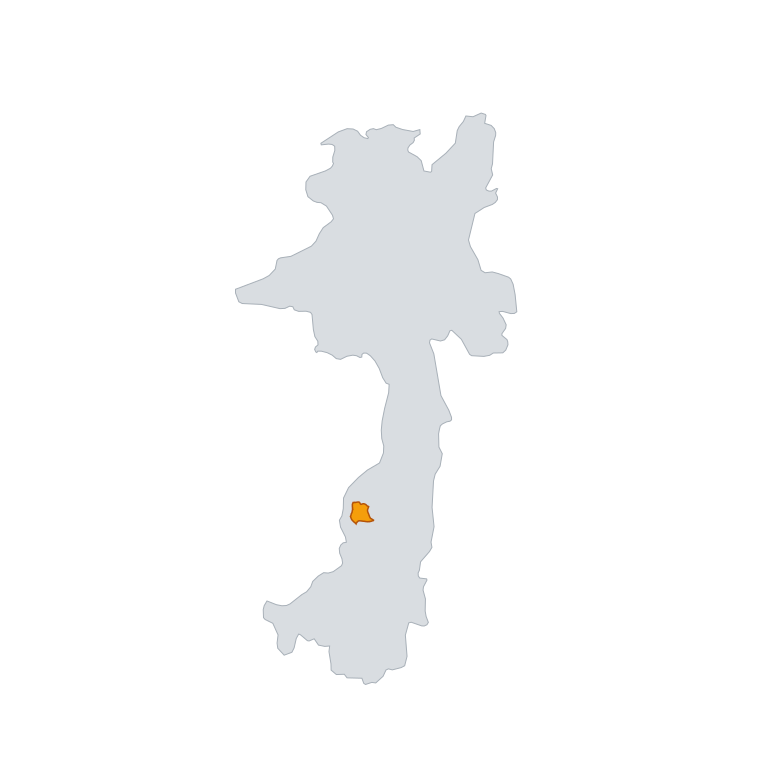 Champhone, Savannakhét, Laos (highlighted), rotated 46°
{"feature_id": "54806243B27710680023105", "entity_name": "Champhone", "entity_type": "district", "adm_level": 2, "iso_a3": "LAO", "parent_name": "Laos", "parent_adm1": "Savannakhét", "projection": "mercator", "projection_center": [105.234, 16.49], "detail": "fine", "context": "in_parent", "style": "filled", "palette": "amber", "viewbox_px": 768, "rotation_deg": 46, "n_neighbors": 0, "source": "geoboundaries", "source_scale": "gbopen_adm2", "svg_char_len": 6568}
<svg xmlns="http://www.w3.org/2000/svg" viewBox="0 0 768 768"><g transform="rotate(46 384 384)"><path d="M282.8,131.1L286.0,137.0L301.0,153.0L303.6,157.3L309.1,160.6L313.6,174.7L315.5,175.6L318.0,174.6L319.9,172.7L321.5,167.2L322.5,166.6L324.2,171.1L328.4,172.5L330.2,174.4L330.7,177.8L330.1,181.3L326.6,189.4L324.5,200.1L339.1,223.2L345.2,226.4L359.8,230.1L369.7,235.2L374.2,234.0L378.6,228.3L383.9,225.1L393.7,220.2L396.5,219.9L401.9,221.8L410.8,227.6L424.3,238.3L423.8,241.2L421.4,243.9L414.2,248.2L411.9,250.9L413.3,251.9L419.3,252.6L426.3,255.0L428.5,257.9L429.7,264.2L430.9,265.4L437.5,264.7L439.5,265.6L441.9,267.6L444.2,272.9L444.1,276.9L437.6,283.9L436.8,288.0L433.5,293.0L424.5,301.3L422.1,301.8L405.6,297.3L392.5,297.9L391.5,299.6L393.6,304.7L394.3,309.7L392.3,313.5L384.7,318.4L384.4,320.5L386.0,322.7L396.9,327.2L431.9,351.1L447.9,355.6L454.9,358.6L456.7,360.3L456.6,362.4L454.8,365.1L453.3,369.7L453.2,372.5L454.9,375.3L457.7,379.3L467.5,388.3L474.6,390.5L482.1,400.8L484.4,409.8L488.1,415.7L506.2,435.2L521.4,447.1L530.4,460.0L534.8,463.0L536.1,467.6L537.3,481.2L542.6,488.0L543.6,490.7L545.9,492.7L548.4,493.1L553.8,488.7L554.9,489.3L557.3,496.5L559.4,499.1L567.4,503.5L575.9,512.1L580.5,515.2L586.3,517.7L587.0,520.4L586.0,523.2L584.2,524.9L574.3,529.9L573.0,532.1L579.5,543.1L595.9,556.6L601.0,564.8L599.9,568.7L595.4,576.6L592.0,578.7L591.1,581.2L593.6,587.7L593.3,597.6L590.2,600.0L587.3,606.0L585.3,606.5L580.3,604.3L569.7,614.7L565.2,614.2L559.9,620.1L553.1,620.8L548.4,616.5L538.3,609.5L534.7,605.1L531.6,608.9L526.3,612.5L518.8,611.2L516.8,616.4L515.4,617.4L506.3,618.3L504.6,619.1L506.1,623.9L511.4,632.0L513.0,636.6L509.7,644.2L500.3,644.0L496.1,640.9L490.9,634.5L478.9,630.2L470.9,633.1L468.4,633.0L462.4,627.6L460.2,624.1L458.8,618.9L468.0,614.7L472.6,611.5L475.6,608.0L476.9,604.4L478.4,589.4L479.7,584.0L479.0,577.5L476.5,572.4L476.5,564.7L477.8,558.5L481.3,555.4L483.7,550.9L485.2,540.8L484.1,538.2L480.6,535.7L474.9,533.4L471.2,530.4L469.8,526.9L469.9,523.7L471.7,521.0L467.3,518.0L456.8,514.7L451.0,510.7L449.7,506.0L445.4,499.9L437.9,492.3L433.9,481.4L433.5,467.2L434.4,455.6L437.7,442.1L433.3,432.4L428.4,427.2L421.7,423.5L415.3,418.0L409.3,411.0L402.0,400.5L393.5,386.7L387.8,380.5L384.9,381.9L378.7,380.6L369.4,376.6L361.2,374.5L354.2,374.2L349.7,375.1L347.6,377.2L347.4,379.3L349.2,381.3L348.2,382.9L344.6,384.1L341.6,386.4L338.3,391.4L336.1,398.1L332.6,400.7L327.3,401.2L322.0,403.1L316.8,406.3L314.4,408.8L314.7,410.5L313.6,410.8L311.0,409.9L309.8,407.7L310.0,404.3L307.3,401.9L301.9,400.8L295.8,397.0L284.0,387.5L281.4,387.1L277.5,389.5L272.5,394.9L268.3,397.0L265.1,395.9L262.5,397.8L260.8,402.7L257.5,406.5L241.7,416.8L227.6,430.1L224.0,431.3L215.4,427.6L212.7,425.0L224.4,397.8L226.2,391.2L225.8,382.4L220.8,375.1L220.6,373.0L221.4,370.8L227.5,362.3L234.4,340.5L234.0,333.7L231.0,326.2L229.3,319.1L230.6,309.4L230.1,305.6L226.8,303.8L216.0,301.8L209.8,303.4L206.8,306.0L203.2,307.7L196.4,308.6L189.9,305.3L184.5,299.8L183.2,292.9L190.0,278.2L191.6,272.6L191.4,269.9L190.3,267.1L188.7,266.7L185.2,263.2L181.8,257.1L178.7,254.3L175.7,254.9L172.9,257.2L168.4,263.0L167.0,262.2L170.9,241.8L174.7,233.2L179.1,229.1L183.8,227.4L188.8,228.1L192.9,227.3L196.2,225.2L195.9,224.0L192.0,223.7L190.4,221.3L191.2,217.0L193.0,214.2L195.7,212.9L198.3,208.5L200.8,201.0L203.9,197.2L207.5,197.1L213.8,193.9L222.6,187.6L225.9,181.5L229.3,184.3L228.0,191.4L229.8,192.9L230.6,195.4L230.1,199.4L230.8,202.7L232.2,204.4L234.1,205.2L243.5,202.3L249.2,202.1L258.5,207.3L264.0,203.4L264.1,202.0L259.6,197.1L261.0,179.1L260.3,165.4L252.6,155.3L251.1,151.2L250.3,144.5L248.1,138.9L253.6,134.3L256.6,125.9L260.5,123.8L261.7,124.1L266.4,130.5L272.4,127.3L276.9,127.3L280.8,129.0L282.8,131.1Z" fill="#d9dde1" stroke="#a8b0b8" stroke-width="1"/><path d="M458.1,480.8L457.8,480.9L457.0,481.2L456.8,481.3L456.2,481.7L455.9,481.9L455.7,482.1L455.6,482.3L455.4,482.6L455.1,483.1L454.9,483.5L454.8,483.8L454.7,483.9L454.6,484.2L454.2,484.3L453.6,484.3L453.2,484.1L452.7,484.0L452.4,483.9L451.8,483.9L451.3,484.2L450.8,484.8L450.3,485.3L450.2,485.6L450.0,485.9L449.6,486.4L449.4,486.9L449.1,487.0L448.7,487.3L448.5,487.6L448.5,487.9L448.4,487.9L448.2,488.0L448.0,488.4L447.8,488.5L447.9,488.8L448.0,489.2L448.2,489.4L448.3,489.7L448.4,490.0L448.5,490.3L448.8,490.5L449.0,490.7L449.5,491.1L449.6,491.4L449.8,491.6L450.1,491.8L450.5,492.0L450.7,492.3L451.0,492.4L451.2,492.7L451.5,492.8L451.8,493.1L451.9,493.4L452.0,493.4L452.1,493.5L452.5,493.5L452.7,493.9L452.7,494.2L452.8,494.3L452.9,494.5L453.1,494.8L453.5,495.3L453.9,495.9L454.1,496.1L454.3,496.4L454.3,496.6L454.4,497.0L454.5,497.1L454.5,497.4L454.6,497.6L454.7,497.8L454.9,498.1L455.3,498.7L455.5,499.0L455.7,499.4L455.8,499.8L455.9,500.1L456.2,500.2L456.3,500.3L456.6,500.4L456.8,500.4L457.2,500.7L457.4,500.8L457.7,500.9L457.9,501.0L458.3,501.2L458.5,501.2L458.7,501.3L459.0,501.3L459.3,501.4L459.6,501.5L460.0,501.5L460.3,501.5L460.6,501.5L460.8,501.5L461.0,501.5L461.5,501.5L462.3,501.5L462.5,501.4L462.8,501.4L463.0,501.4L463.4,501.3L463.8,501.3L464.2,501.1L464.4,501.1L464.5,501.2L464.6,501.3L464.8,501.3L464.8,501.2L465.0,501.2L464.9,501.1L464.9,500.9L464.9,500.7L464.9,500.4L464.8,500.2L464.8,499.9L464.7,499.7L464.7,499.3L464.6,499.2L464.7,498.8L464.7,498.3L464.7,498.1L464.7,497.8L464.7,497.6L464.9,497.3L465.1,497.0L465.3,496.8L465.4,496.6L465.7,496.4L465.9,496.2L466.0,496.1L466.6,495.6L466.8,495.5L466.9,495.3L467.2,495.1L467.5,494.9L467.7,494.7L467.9,494.6L468.2,494.3L468.4,494.2L468.6,494.0L468.9,493.7L469.4,493.3L469.6,493.2L469.8,493.0L470.4,492.6L470.6,492.4L470.8,492.3L471.0,492.1L471.1,491.9L471.7,491.5L471.9,491.3L472.0,491.1L472.2,490.8L472.3,490.7L472.5,490.6L472.6,490.4L472.7,490.2L472.8,490.2L472.9,489.9L473.1,489.8L473.1,489.7L473.3,489.5L473.3,489.4L473.4,489.2L473.5,489.1L473.7,488.9L473.8,488.6L474.0,488.3L474.0,488.2L474.2,487.9L474.2,487.7L474.3,487.4L474.4,487.2L474.5,487.1L474.7,486.8L474.7,486.7L474.9,486.5L474.9,486.4L475.0,486.2L475.3,486.0L473.3,486.4L471.2,487.0L470.7,486.9L470.0,486.7L469.6,486.6L469.3,486.5L469.1,486.4L468.7,486.2L468.4,486.1L467.9,485.9L467.7,485.8L467.4,485.6L467.0,485.4L466.4,485.2L466.1,485.1L465.8,485.0L465.6,484.9L465.4,484.9L465.2,484.8L464.9,484.6L464.6,484.5L464.3,484.3L464.0,484.1L463.7,483.9L463.5,483.7L463.3,483.5L463.1,483.3L462.9,482.9L462.7,482.6L462.6,482.4L462.5,482.1L462.3,481.8L462.2,481.6L462.1,481.3L461.9,480.9L461.7,480.4L461.6,480.2L461.3,480.2L461.1,480.3L460.8,480.6L460.6,480.6L459.9,480.8L459.2,480.8L458.8,480.8L458.3,480.8L458.1,480.8Z" fill="#f59e0b" stroke="#b45309" stroke-width="1.5"/></g></svg>